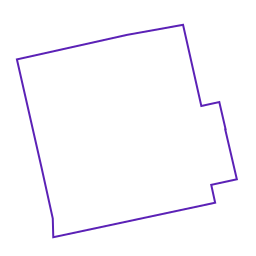 Bond, Illinois, United States of America (orthographic projection), rotated 168°
{"feature_id": "52423323B7172097190343", "entity_name": "Bond", "entity_type": "district", "adm_level": 2, "iso_a3": "USA", "parent_name": "United States of America", "parent_adm1": "Illinois", "projection": "orthographic", "projection_center": [-89.477, 38.884], "detail": "fine", "context": "isolated", "style": "outline", "palette": "violet", "viewbox_px": 256, "rotation_deg": 168, "n_neighbors": 0, "source": "geoboundaries", "source_scale": "gbopen_adm2", "svg_char_len": 320}
<svg xmlns="http://www.w3.org/2000/svg" viewBox="0 0 256 256"><g transform="rotate(168 128 128)"><path d="M223.8,36.7L58.3,36.8L58.4,55.1L32.2,55.2L33.2,106.4L32.8,106.4L33.3,134.4L51.7,134.3L52.7,217.5L109.7,219.3L222.4,218.2L220.8,107.0L220.4,55.1L223.8,36.7Z" fill="none" stroke="#5b21b6" stroke-width="2"/></g></svg>